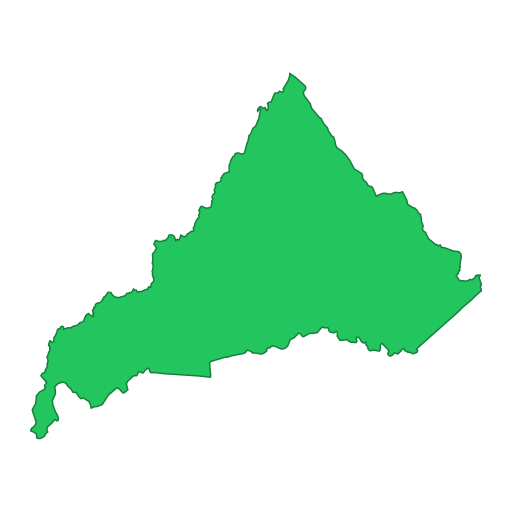 the district of Dedza, Dedza, Malawi
{"feature_id": "42251766B66225457753973", "entity_name": "Dedza", "entity_type": "district", "adm_level": 2, "iso_a3": "MWI", "parent_name": "Malawi", "parent_adm1": "Dedza", "projection": "natural_earth1", "projection_center": [34.006, -14.237], "detail": "fine", "context": "isolated", "style": "filled", "palette": "green", "viewbox_px": 512, "rotation_deg": 0, "n_neighbors": 0, "source": "geoboundaries", "source_scale": "gbopen_adm2", "svg_char_len": 6000}
<svg xmlns="http://www.w3.org/2000/svg" viewBox="0 0 512 512"><path d="M402.5,191.8L399.3,192.8L396.5,192.4L394.2,192.6L390.5,194.2L384.3,193.2L382.6,193.4L378.7,194.9L376.3,196.3L372.6,187.6L371.3,186.5L368.4,185.9L366.1,182.0L364.0,180.3L362.9,178.8L362.3,176.6L362.6,175.6L361.6,173.4L354.4,169.1L349.8,160.4L345.3,154.4L342.1,151.3L336.9,147.7L335.6,145.0L334.8,140.6L333.6,137.0L331.6,135.8L328.4,130.9L327.5,127.9L323.9,123.9L320.9,118.2L319.8,117.9L311.9,108.6L311.1,107.0L310.5,104.1L304.3,95.8L303.2,92.3L305.6,89.1L305.6,86.9L305.1,86.0L295.3,77.2L289.8,73.5L289.6,76.3L288.2,80.6L283.1,89.0L283.6,89.7L283.7,91.1L282.0,92.2L279.5,91.2L277.8,93.0L274.7,93.1L271.1,101.9L268.5,102.4L267.5,103.3L268.3,106.4L268.1,108.5L267.4,110.2L266.3,110.5L265.6,108.1L265.0,107.6L263.3,108.3L260.8,106.5L259.6,106.9L257.8,109.2L257.4,110.3L257.8,111.3L258.9,109.4L260.2,109.3L260.5,109.9L258.7,118.8L255.5,126.4L253.1,128.1L250.6,134.1L248.9,135.6L248.2,140.6L247.1,142.8L244.6,152.5L243.8,153.5L242.2,154.2L237.9,152.9L235.9,153.3L234.9,154.1L234.0,156.6L233.0,156.5L230.5,161.0L230.3,163.1L229.2,164.9L229.1,171.9L224.3,173.4L222.2,176.0L222.1,177.1L221.1,177.6L220.8,181.1L218.5,182.5L216.4,182.7L216.5,183.4L215.4,184.2L215.5,186.6L214.1,190.5L215.1,191.8L215.2,192.4L213.1,194.7L212.1,196.6L212.1,197.6L212.9,199.1L211.7,201.1L211.9,202.8L210.9,207.3L206.5,208.3L201.6,206.3L200.6,206.8L198.8,210.5L199.7,211.2L199.6,213.1L198.7,215.0L199.3,216.9L196.9,219.5L195.0,223.2L194.5,225.9L193.3,228.1L193.9,230.7L190.3,231.8L189.8,232.7L187.3,233.8L186.8,235.4L184.8,236.6L182.7,236.3L180.9,235.0L180.6,236.3L180.2,236.7L180.1,238.4L178.6,240.1L177.4,239.2L175.8,240.7L174.2,236.3L172.6,235.2L171.1,234.8L168.7,235.3L168.1,237.9L166.6,238.9L165.7,240.6L163.6,240.3L162.4,241.3L159.5,241.5L157.4,241.1L156.5,240.4L155.1,241.1L153.9,244.0L156.5,247.9L154.6,251.8L152.7,253.6L152.5,254.6L152.8,259.3L152.3,263.7L153.1,264.6L153.0,265.6L153.5,266.5L152.8,267.6L152.9,269.0L152.1,271.3L152.6,272.9L152.4,275.3L153.0,276.9L153.8,277.4L153.5,278.4L153.8,280.1L153.5,281.5L151.3,283.6L150.7,287.2L148.9,286.8L147.1,289.3L144.7,289.9L140.9,291.7L139.0,291.6L138.3,292.1L136.8,291.5L136.2,290.0L134.7,290.0L133.5,289.0L132.4,291.4L130.7,292.7L129.6,292.6L127.9,293.5L126.9,293.3L125.1,295.7L120.9,296.9L119.8,297.6L119.3,297.3L117.8,297.7L116.4,297.1L115.2,297.3L112.3,294.8L110.9,292.5L108.0,292.3L105.3,296.2L103.7,297.2L103.5,298.9L102.6,299.0L102.3,300.2L100.6,302.2L99.6,302.9L97.7,302.9L95.4,304.4L95.4,306.2L94.8,307.0L93.9,307.2L93.7,308.9L92.6,309.9L92.8,312.0L93.8,312.6L92.7,314.6L93.8,315.7L93.5,316.3L92.1,316.6L88.4,313.4L85.8,315.5L85.3,317.3L84.6,317.8L84.5,318.9L83.7,320.6L82.6,322.0L80.0,322.6L77.3,325.2L72.6,326.5L70.9,327.8L67.7,327.8L63.7,329.3L63.5,327.0L62.1,326.2L60.9,326.8L59.9,328.7L58.2,328.9L57.1,330.5L57.1,331.8L55.1,336.1L53.8,337.6L53.9,341.5L51.8,342.5L50.4,340.8L49.9,340.8L48.8,343.9L48.6,345.6L49.4,345.9L49.8,347.2L49.7,350.7L48.5,352.5L48.1,354.8L46.9,357.2L47.6,358.6L48.1,361.8L47.3,362.8L47.1,366.8L45.2,370.3L45.4,371.3L43.9,373.0L42.4,373.3L40.9,375.8L46.6,382.4L44.6,385.5L44.6,386.6L45.4,387.9L45.1,388.8L39.5,392.1L36.5,395.7L35.7,403.7L32.7,408.7L32.3,410.2L35.9,421.4L36.0,423.1L34.6,426.0L31.8,428.1L30.7,430.2L30.7,430.9L33.5,432.0L36.5,434.1L36.7,434.5L36.6,437.1L37.0,438.1L38.3,438.5L40.8,438.3L44.5,436.2L45.9,433.4L47.7,432.0L46.9,429.6L47.2,427.8L47.9,426.5L52.2,422.8L54.1,420.2L55.3,419.9L57.0,420.9L58.1,420.3L58.4,419.0L57.5,415.2L55.4,411.8L52.8,404.5L52.4,400.7L55.4,393.9L55.3,389.9L54.7,386.9L57.5,384.0L62.2,382.1L64.6,382.6L66.0,383.5L68.1,386.4L71.1,389.2L73.1,392.4L76.2,392.5L78.6,396.4L81.0,398.7L83.3,398.0L88.9,401.4L90.7,405.2L90.9,408.0L91.8,408.0L94.2,406.8L97.3,406.5L102.3,404.5L108.2,395.3L116.4,388.2L118.6,388.3L122.8,392.9L124.3,392.7L127.8,389.8L126.4,383.8L127.5,381.4L133.1,376.2L134.3,375.6L136.3,375.8L137.2,375.0L138.4,372.0L139.4,371.7L142.2,372.9L143.2,372.9L145.2,370.1L148.1,368.1L149.1,368.8L150.0,371.8L151.0,372.7L155.2,372.6L163.1,373.6L198.1,375.9L210.3,377.2L210.7,376.0L209.6,363.6L210.1,362.2L210.9,361.4L225.5,357.1L226.9,357.3L232.2,355.7L243.9,353.4L245.3,352.6L247.4,350.1L250.5,351.2L253.0,353.2L255.0,352.9L261.4,354.1L263.7,353.3L266.4,351.3L266.8,350.7L266.9,349.0L267.8,348.0L269.6,348.0L271.0,346.6L272.8,345.9L276.6,346.9L280.8,348.9L283.5,348.9L285.4,348.0L287.7,346.0L290.3,339.6L294.1,337.8L298.5,333.3L300.0,333.3L302.5,336.5L303.7,336.6L309.7,333.3L313.9,333.3L317.3,332.6L318.6,331.2L319.3,329.7L320.7,328.9L321.9,327.1L324.9,327.9L327.9,327.6L329.3,331.4L330.4,332.2L334.4,332.9L335.6,331.5L336.7,331.4L337.3,332.6L337.3,336.5L340.1,340.5L346.5,339.7L350.5,342.1L356.1,342.6L356.9,341.3L356.3,338.5L356.5,337.5L357.2,337.0L358.5,337.3L359.9,338.8L361.3,341.5L362.7,342.7L363.9,343.0L365.8,342.1L366.1,344.9L367.5,346.3L368.2,349.3L370.0,350.8L373.6,350.2L379.4,351.1L380.0,350.4L380.4,348.3L380.2,345.4L381.2,343.9L382.0,343.4L388.5,350.0L388.6,351.2L387.7,354.0L389.4,356.0L391.6,355.8L394.7,352.8L397.9,354.0L401.2,350.7L402.1,349.2L403.5,348.4L404.0,348.7L404.5,350.4L408.2,352.4L409.7,352.2L412.2,353.5L413.7,353.6L416.4,352.7L417.3,351.8L417.6,350.4L416.7,349.1L418.7,346.9L458.8,311.3L462.1,307.8L471.7,299.7L475.2,296.1L480.3,291.6L481.0,291.4L481.3,289.4L480.3,287.3L481.1,285.3L481.2,283.5L478.9,277.3L480.0,276.2L480.1,275.0L477.1,275.2L476.7,275.8L476.3,275.4L475.6,275.9L474.8,277.7L472.3,279.7L469.5,279.5L469.3,280.1L465.8,281.2L462.8,280.6L461.6,281.0L459.2,280.1L456.2,275.6L457.5,273.9L458.5,273.6L458.4,271.9L459.9,270.3L459.7,268.2L460.3,267.0L459.9,265.3L461.3,256.3L460.9,253.9L458.8,251.7L453.0,251.0L445.5,248.0L441.3,247.2L440.2,244.9L438.6,245.7L437.1,245.2L437.0,244.6L435.3,244.4L428.5,238.6L426.2,234.1L425.9,232.7L423.3,230.9L422.5,229.1L422.5,228.1L423.2,226.4L422.6,224.1L421.4,221.7L421.2,217.1L420.5,215.6L420.6,214.2L419.2,213.8L417.0,210.3L414.7,208.1L412.7,207.5L407.5,204.2L406.8,200.1L402.5,191.8Z" fill="#22c55e" stroke="#15803d" stroke-width="1.5"/></svg>